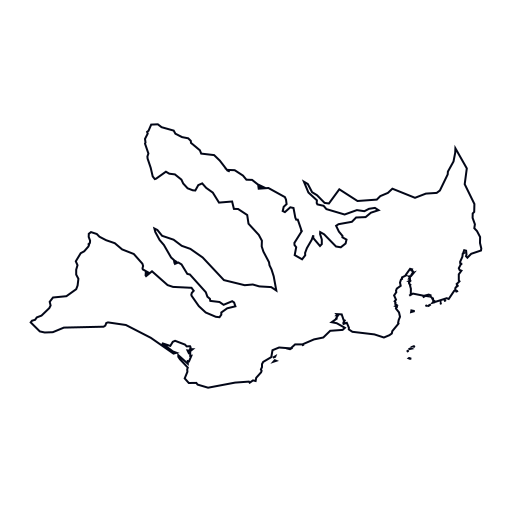 Vesturbyggð, Vestfirðir, Iceland (orthographic projection)
{"feature_id": "244011B84482513465742", "entity_name": "Vesturbyggð", "entity_type": "district", "adm_level": 2, "iso_a3": "ISL", "parent_name": "Iceland", "parent_adm1": "Vestfirðir", "projection": "orthographic", "projection_center": [-23.535, 65.593], "detail": "fine", "context": "isolated", "style": "outline", "palette": "ink", "viewbox_px": 512, "rotation_deg": 0, "n_neighbors": 0, "source": "geoboundaries", "source_scale": "gbopen_adm2", "svg_char_len": 6100}
<svg xmlns="http://www.w3.org/2000/svg" viewBox="0 0 512 512"><path d="M303.9,181.7L308.4,192.5L316.9,200.3L316.7,203.0L317.4,204.4L323.6,205.8L326.4,209.1L344.6,214.5L356.9,210.1L364.4,211.2L369.0,208.8L374.9,207.9L378.5,210.2L370.9,212.7L365.6,217.1L356.1,217.5L351.9,221.8L338.5,224.2L336.1,225.8L338.9,231.6L342.5,235.9L342.4,237.3L346.5,239.6L345.6,243.5L340.8,247.3L336.0,246.5L324.1,234.3L320.2,232.1L320.1,234.1L321.8,239.5L321.8,244.1L320.0,246.0L313.3,238.1L313.3,235.3L311.7,239.8L306.9,248.1L305.1,252.9L305.2,255.3L302.1,259.3L294.7,255.1L296.2,247.2L294.5,245.0L294.4,242.9L301.8,231.1L301.1,230.6L301.2,229.6L297.8,219.7L296.2,219.7L295.3,217.6L293.5,208.0L290.3,207.3L284.9,212.1L282.7,211.0L283.7,206.8L286.6,204.1L286.0,199.6L284.9,197.1L268.4,188.0L258.7,188.7L258.3,185.8L262.6,188.2L264.5,187.6L257.8,184.4L252.1,179.9L246.4,179.7L243.0,175.6L234.7,170.2L227.5,169.9L229.7,171.5L227.4,170.5L219.8,160.6L214.1,155.1L201.2,153.6L199.9,150.3L191.0,142.9L190.8,140.9L188.2,138.3L182.0,137.1L175.4,133.7L173.7,130.6L161.6,127.2L157.8,124.3L151.2,124.6L148.5,130.8L147.1,131.9L147.7,133.6L145.0,138.9L145.5,142.5L145.0,143.6L148.4,153.5L147.4,156.5L147.6,158.6L150.7,167.8L152.7,176.4L154.8,179.1L156.2,178.6L165.9,171.7L169.3,173.7L174.9,174.4L181.4,179.6L183.2,183.5L187.6,188.3L192.8,190.3L195.3,190.5L198.3,185.1L202.2,183.4L206.2,187.9L212.8,192.6L219.0,202.6L232.1,201.5L233.9,208.9L238.1,209.0L247.2,215.0L248.5,223.7L258.8,234.9L261.9,240.7L261.7,246.4L263.4,251.6L269.0,262.2L269.5,265.3L271.5,269.4L273.7,276.3L276.3,290.5L271.2,287.1L259.3,286.4L252.8,284.5L244.7,285.2L223.9,280.1L202.7,257.5L190.4,248.9L181.7,245.8L173.6,239.7L162.1,235.8L157.4,230.0L154.4,228.5L155.3,232.0L159.6,240.0L163.9,245.0L171.1,257.5L173.9,260.0L174.6,263.6L174.7,260.7L176.0,261.5L175.0,262.4L175.1,263.8L178.3,262.5L181.5,264.4L187.3,273.9L189.9,274.5L205.8,292.2L207.4,296.7L209.9,298.8L210.3,300.9L219.5,302.0L223.6,304.8L232.2,301.2L234.1,302.5L235.4,306.3L227.2,308.3L221.3,312.5L221.3,314.7L219.5,317.2L215.8,316.8L205.7,312.5L198.8,306.1L191.6,295.8L191.3,294.8L191.8,292.9L193.7,290.8L191.5,287.8L173.0,286.9L167.6,285.1L152.0,271.3L146.1,276.1L145.6,275.4L145.8,272.4L147.9,273.6L148.9,272.8L142.8,269.4L142.5,268.2L143.1,266.0L142.4,263.7L133.8,254.0L122.1,249.4L114.8,243.2L106.1,240.2L99.4,236.7L96.8,234.0L91.0,232.1L88.8,233.8L88.7,236.9L90.1,240.7L89.9,242.9L88.6,244.1L89.1,244.7L88.4,246.5L84.2,251.3L80.7,253.2L75.8,261.3L77.5,265.2L76.2,269.7L76.2,274.6L78.4,278.8L77.6,285.5L76.2,289.2L66.4,296.2L53.0,297.5L49.7,301.8L50.6,305.5L49.3,308.1L41.5,315.6L36.8,317.4L35.1,319.8L32.0,320.7L30.7,322.4L39.8,331.4L44.7,332.5L52.8,332.2L63.9,327.6L103.6,326.7L105.3,325.6L106.3,323.0L108.0,322.4L125.9,325.0L150.8,337.8L173.5,353.6L176.5,352.8L172.8,351.4L162.0,343.2L170.3,345.9L172.8,341.8L175.1,340.8L185.0,344.6L186.7,346.4L190.0,346.2L190.6,347.3L190.1,349.1L192.7,349.2L190.8,350.7L187.5,350.4L188.8,353.1L190.2,352.3L190.2,355.8L191.4,355.7L189.0,361.4L187.8,361.1L187.8,363.7L178.3,355.2L178.3,356.8L179.9,359.2L187.8,367.6L187.2,369.4L187.4,371.8L184.7,378.4L188.8,383.0L196.3,382.9L197.6,384.6L208.1,387.7L235.1,382.6L248.9,381.6L249.7,382.7L253.0,380.4L255.6,381.0L256.2,377.8L261.1,372.3L261.6,370.8L260.9,369.5L262.0,367.1L262.0,364.1L263.2,361.9L271.3,357.1L272.5,350.2L279.1,347.5L290.7,348.4L295.1,344.4L302.4,344.4L314.0,339.4L323.3,337.5L330.2,330.8L342.6,329.9L344.9,327.8L336.7,323.2L331.7,322.2L336.5,318.8L336.1,318.4L337.8,315.7L336.6,315.5L337.3,314.9L336.6,314.1L341.7,314.4L343.6,320.0L344.7,320.5L343.6,322.2L344.9,322.9L342.7,324.2L346.8,322.8L348.9,327.7L348.8,329.4L352.4,331.8L374.4,334.4L383.9,337.5L389.4,335.2L391.8,333.5L392.3,331.1L398.5,323.6L398.1,322.9L398.7,320.0L400.0,316.8L399.0,312.4L395.9,308.5L396.3,307.0L397.7,307.1L395.4,306.1L396.9,305.2L395.2,303.9L395.5,302.4L394.6,301.3L396.0,299.7L394.1,295.4L396.3,292.2L396.0,290.7L396.8,288.6L400.7,285.8L400.0,282.6L401.0,279.5L402.1,278.9L402.0,277.4L406.3,275.3L405.9,274.7L410.1,268.8L411.9,269.3L410.9,271.0L412.1,270.2L413.2,271.9L412.4,273.2L413.8,272.7L411.0,276.1L408.9,276.4L409.9,277.4L409.0,278.8L410.0,279.0L410.0,280.4L408.9,281.1L410.0,281.3L409.0,282.4L409.1,283.6L410.4,284.8L410.0,285.5L410.9,288.8L410.8,293.4L411.4,294.0L409.3,295.7L412.9,293.6L424.0,295.8L428.7,294.6L430.6,295.3L430.5,296.5L432.6,298.4L431.7,299.2L433.0,298.8L433.0,300.0L435.5,301.8L446.7,298.2L448.7,299.0L454.2,290.8L455.9,290.5L455.2,289.1L455.5,287.7L458.4,285.3L456.9,285.8L457.3,285.1L456.7,284.0L459.5,281.3L458.8,280.2L458.8,274.3L461.4,270.7L459.6,270.0L458.8,268.2L460.9,264.2L462.1,263.8L460.3,263.5L460.1,261.9L462.4,256.7L462.7,253.8L463.8,253.1L463.2,253.0L464.2,250.2L466.1,250.7L466.5,254.7L466.0,256.2L467.4,257.7L471.2,253.8L481.0,250.5L481.3,248.5L480.0,243.0L480.1,237.0L477.0,231.1L474.3,228.2L474.9,224.3L472.6,217.9L472.7,213.5L474.2,211.9L474.4,204.0L464.7,184.2L466.8,168.4L455.4,148.3L455.2,152.8L453.5,161.5L447.9,171.6L447.7,174.4L439.9,190.5L436.7,192.9L425.9,193.6L415.0,197.8L392.4,188.7L387.9,192.9L380.3,196.1L376.8,199.6L357.5,201.0L339.3,189.3L328.9,203.5L324.6,202.9L317.0,195.2L312.1,192.2L307.8,184.0L303.9,181.7ZM414.6,311.1L411.4,310.4L411.1,312.1L414.6,311.1ZM273.5,361.7L276.2,360.8L274.8,360.2L273.5,361.7ZM428.6,305.9L430.7,304.4L427.4,306.2L428.6,305.9ZM434.9,302.2L433.1,301.9L432.5,302.8L434.9,302.2ZM411.0,348.2L408.5,349.3L411.7,348.6L411.0,348.2ZM406.8,351.6L407.9,351.2L408.4,350.4L406.8,351.6ZM290.0,349.2L292.5,347.7L289.2,349.0L290.0,349.2ZM272.9,357.7L275.1,356.8L275.3,356.3L272.9,357.7ZM411.2,358.7L409.1,358.0L408.7,358.3L409.9,358.8L411.2,358.7ZM427.6,296.2L426.7,295.5L426.3,296.0L427.6,296.2ZM301.9,345.4L303.4,344.8L303.7,344.5L301.9,345.4ZM414.7,347.0L413.9,346.2L413.1,346.5L414.7,347.0ZM422.8,297.4L425.1,296.1L425.4,295.7L422.8,297.4ZM444.0,301.1L445.3,300.6L445.8,300.1L444.0,301.1ZM455.5,291.8L457.5,291.1L457.8,290.8L455.5,291.8ZM426.4,305.8L426.9,305.2L425.5,306.0L426.4,305.8ZM439.9,303.7L440.7,303.6L441.5,303.1L439.9,303.7ZM439.8,301.9L440.9,301.6L441.4,301.4L439.8,301.9Z" fill="none" stroke="#020617" stroke-width="2"/></svg>